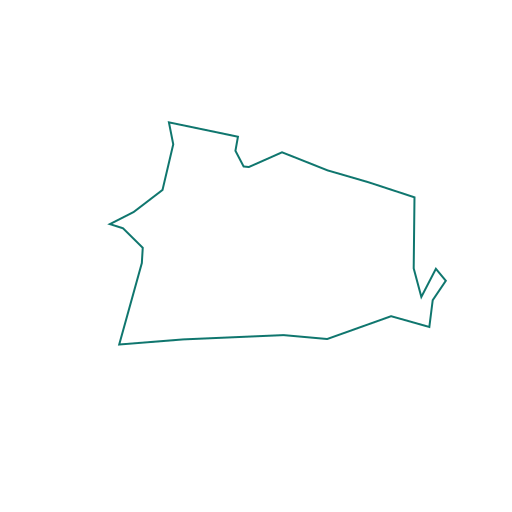 outline of Russell, Kentucky, United States of America, rotated 234°
{"feature_id": "52423323B32908051821127", "entity_name": "Russell", "entity_type": "district", "adm_level": 2, "iso_a3": "USA", "parent_name": "United States of America", "parent_adm1": "Kentucky", "projection": "albers", "projection_center": [-85.04, 37.007], "detail": "fine", "context": "isolated", "style": "outline", "palette": "teal", "viewbox_px": 512, "rotation_deg": 234, "n_neighbors": 0, "source": "geoboundaries", "source_scale": "gbopen_adm2", "svg_char_len": 500}
<svg xmlns="http://www.w3.org/2000/svg" viewBox="0 0 512 512"><g transform="rotate(234 256 256)"><path d="M415.3,264.1L395.0,254.7L364.4,219.2L363.5,182.9L367.7,156.5L356.6,164.7L329.2,169.2L317.4,159.5L264.8,93.3L231.3,148.1L175.8,231.8L147.0,264.8L127.9,329.9L96.7,354.5L116.4,373.0L124.4,395.0L139.9,394.0L125.7,365.7L153.3,376.3L210.3,418.7L249.6,390.3L283.1,364.3L324.6,338.0L332.2,302.5L335.7,298.6L353.2,301.2L363.1,311.5L415.3,264.1Z" fill="none" stroke="#0f766e" stroke-width="2"/></g></svg>